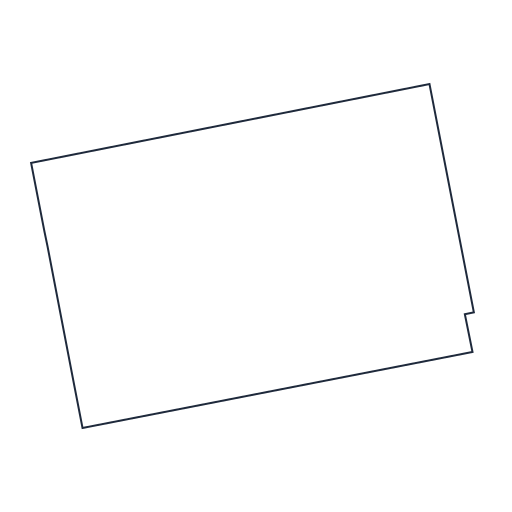 the district of Phillips, Colorado, United States of America, rotated 169°
{"feature_id": "52423323B64261587402804", "entity_name": "Phillips", "entity_type": "district", "adm_level": 2, "iso_a3": "USA", "parent_name": "United States of America", "parent_adm1": "Colorado", "projection": "mercator", "projection_center": [-102.294, 40.594], "detail": "fine", "context": "isolated", "style": "outline", "palette": "slate", "viewbox_px": 512, "rotation_deg": 169, "n_neighbors": 0, "source": "geoboundaries", "source_scale": "gbopen_adm2", "svg_char_len": 282}
<svg xmlns="http://www.w3.org/2000/svg" viewBox="0 0 512 512"><g transform="rotate(169 256 256)"><path d="M459.1,165.8L459.1,120.3L61.8,120.5L62.1,159.0L52.9,159.1L52.9,391.7L459.0,390.3L459.0,320.6L458.8,305.1L459.1,165.8Z" fill="none" stroke="#1e293b" stroke-width="2"/></g></svg>